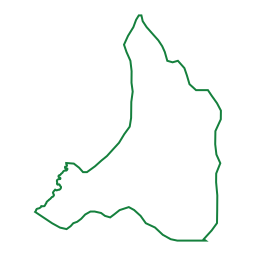 Pochon, Ryanggang, North Korea
{"feature_id": "82179303B51146356154870", "entity_name": "Pochon", "entity_type": "district", "adm_level": 2, "iso_a3": "PRK", "parent_name": "North Korea", "parent_adm1": "Ryanggang", "projection": "mercator", "projection_center": [128.323, 41.648], "detail": "fine", "context": "isolated", "style": "outline", "palette": "green", "viewbox_px": 256, "rotation_deg": 0, "n_neighbors": 0, "source": "geoboundaries", "source_scale": "gbopen_adm2", "svg_char_len": 4246}
<svg xmlns="http://www.w3.org/2000/svg" viewBox="0 0 256 256"><path d="M70.6,226.2L73.3,223.2L77.2,221.8L81.2,218.8L85.2,214.5L90.5,211.5L94.5,211.5L101.1,213.0L105.0,215.9L110.2,217.4L114.2,214.4L119.6,210.1L128.8,207.1L134.1,210.0L140.6,215.9L145.8,223.2L155.0,227.5L162.8,234.8L170.7,239.2L177.3,240.6L190.5,240.6L205.6,240.6L203.7,239.2L211.7,230.4L217.0,223.1L217.2,210.0L217.3,195.4L216.1,182.2L216.2,173.5L220.3,163.2L216.4,154.5L215.2,144.2L215.4,131.1L220.8,119.3L220.9,110.6L217.0,103.2L211.8,95.9L207.9,90.1L201.3,90.1L196.0,90.1L189.5,84.2L186.9,75.4L184.4,68.1L177.9,60.8L172.6,62.3L167.3,60.8L164.8,52.0L162.2,46.2L158.3,40.3L151.8,33.0L146.6,27.1L142.7,21.2L141.8,17.1L141.4,15.4L138.8,15.4L136.1,19.8L133.4,27.1L128.0,35.9L124.0,44.7L126.5,52.0L130.4,60.8L131.6,71.1L131.5,82.8L132.7,91.6L131.3,101.9L131.2,110.6L131.1,118.0L129.7,126.7L124.3,134.1L119.0,142.8L113.6,148.7L107.0,156.0L101.6,160.4L95.0,166.3L87.0,172.1L83.0,172.1L79.1,167.7L73.8,163.6L66.2,163.0L66.2,163.5L66.2,163.9L66.3,164.1L66.4,164.4L66.6,164.6L66.9,165.0L67.0,165.3L66.9,165.7L66.9,165.8L66.7,166.0L66.4,166.4L66.3,166.5L66.1,166.6L65.9,166.7L65.7,166.7L65.4,166.7L65.2,166.7L65.1,166.8L65.0,167.0L65.0,167.5L65.1,167.9L65.2,168.1L65.3,168.3L65.4,168.5L65.6,168.6L66.0,168.6L66.5,168.6L66.9,168.6L67.1,168.6L67.3,168.6L67.4,168.8L67.4,169.1L67.3,169.3L67.3,169.5L67.1,169.8L67.0,170.0L66.8,170.2L66.6,170.4L66.4,170.5L66.1,170.6L65.9,170.6L65.6,170.6L65.3,170.6L65.0,170.6L64.7,170.6L64.2,170.8L63.8,171.0L63.6,171.2L63.4,171.3L63.3,171.5L63.1,171.7L63.0,171.8L62.9,172.0L62.7,172.3L62.6,172.5L62.4,172.8L62.1,173.0L61.9,173.2L61.7,173.3L61.3,173.6L61.2,173.7L61.1,173.8L60.9,174.0L60.8,174.3L60.7,174.4L60.6,174.5L60.4,174.8L60.2,174.9L59.9,175.0L59.7,175.1L59.4,175.1L59.2,175.3L58.9,175.5L58.7,175.7L58.6,175.9L58.5,176.1L58.5,176.4L58.5,176.6L58.6,176.8L58.7,177.0L58.9,177.1L59.0,177.2L59.2,177.3L59.3,177.4L59.5,177.5L59.8,177.7L60.0,177.7L60.1,177.8L60.3,178.0L60.4,178.3L60.4,178.6L60.3,178.8L60.2,179.0L59.9,179.1L59.6,179.1L59.4,179.1L59.2,179.1L58.8,179.1L58.6,179.1L58.3,179.2L58.2,179.3L57.9,179.5L57.6,179.7L57.4,179.8L57.2,180.0L57.0,180.3L56.9,180.6L56.9,180.9L56.9,181.2L56.9,181.4L57.0,181.6L57.1,181.8L57.1,182.1L57.2,182.3L57.1,182.7L57.1,183.0L57.0,183.3L57.0,183.7L57.0,183.8L57.1,184.0L57.3,184.4L57.5,184.5L57.8,184.7L58.0,184.7L58.4,184.5L58.5,184.3L58.8,184.3L59.1,184.3L59.4,184.5L59.6,184.7L59.7,184.8L59.8,185.1L59.9,185.4L59.9,185.6L60.1,185.8L60.3,186.0L60.5,186.2L60.6,186.4L60.8,186.6L60.8,186.8L61.0,187.0L61.0,187.6L60.9,187.8L60.9,188.0L60.7,188.4L60.6,188.6L60.4,188.9L60.2,189.1L60.0,189.3L59.8,189.4L59.7,189.5L59.4,189.7L59.2,189.7L58.9,189.8L58.6,189.7L58.2,189.8L57.8,190.0L57.5,190.1L57.3,190.1L57.1,190.2L56.9,190.3L56.6,190.3L56.4,190.3L56.3,190.2L56.1,190.1L55.8,190.1L55.7,190.0L55.6,189.8L55.4,189.7L55.1,189.7L55.0,189.9L54.8,190.1L54.6,190.3L54.3,190.6L54.2,190.8L53.9,191.1L53.7,191.3L53.5,191.7L53.3,191.9L53.2,192.1L53.2,192.3L53.0,192.6L53.1,192.8L53.1,193.0L53.2,193.5L53.4,193.7L53.4,193.9L53.5,194.1L53.6,194.3L53.8,194.5L53.9,194.8L53.9,195.1L53.9,195.4L53.8,195.6L53.7,195.8L53.4,196.0L53.2,196.3L53.0,196.6L52.9,196.7L52.7,196.8L52.4,196.9L52.2,197.0L51.8,197.1L51.7,197.3L51.4,197.6L51.2,197.8L50.9,198.1L50.8,198.3L50.6,198.5L50.4,198.7L50.2,198.9L50.1,199.0L49.9,199.1L49.6,199.3L49.4,199.5L49.1,199.7L48.9,199.8L48.8,200.1L48.6,200.3L48.4,200.4L48.2,200.6L47.9,200.8L47.7,200.9L47.5,201.1L47.4,201.2L47.2,201.4L47.1,201.6L46.8,201.8L46.7,202.0L46.4,202.4L46.4,202.6L46.4,202.8L46.3,203.1L46.2,203.3L46.0,203.5L45.8,203.7L45.7,203.9L45.6,204.2L45.5,204.4L45.3,204.6L45.2,204.9L45.1,205.1L45.0,205.3L44.9,205.5L44.7,205.8L44.3,206.1L44.1,206.1L43.9,206.2L43.6,206.2L43.3,206.2L43.1,206.2L42.9,206.2L42.6,206.2L42.4,206.3L42.2,206.3L41.8,206.2L41.6,206.2L41.3,206.1L41.2,206.2L41.1,206.3L41.1,206.6L41.0,206.8L40.8,207.2L40.6,207.3L40.4,207.5L40.1,207.7L39.8,207.9L39.5,208.0L39.3,208.2L39.0,208.3L38.7,208.4L38.3,208.5L38.0,208.5L37.7,208.6L37.4,208.7L37.2,208.8L36.9,208.9L36.7,209.1L36.5,209.3L36.3,209.5L36.3,209.8L36.1,210.1L36.1,210.3L36.0,210.6L35.8,210.9L35.6,211.3L35.4,211.5L35.1,211.9L52.2,223.3L60.0,227.6L66.6,229.1L70.6,226.2Z" fill="none" stroke="#15803d" stroke-width="2"/></svg>